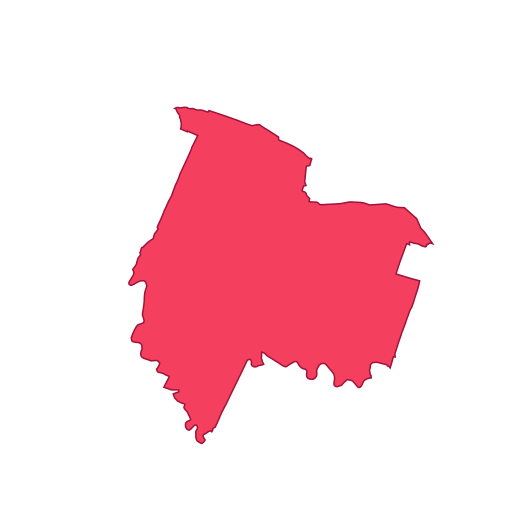 outline of Hantesti, Suceava, Romania, rotated 146°
{"feature_id": "2599482B54866642936153", "entity_name": "Hantesti", "entity_type": "district", "adm_level": 2, "iso_a3": "ROU", "parent_name": "Romania", "parent_adm1": "Suceava", "projection": "mercator", "projection_center": [26.365, 47.754], "detail": "fine", "context": "isolated", "style": "filled", "palette": "rose", "viewbox_px": 512, "rotation_deg": 146, "n_neighbors": 0, "source": "geoboundaries", "source_scale": "gbopen_adm2", "svg_char_len": 6134}
<svg xmlns="http://www.w3.org/2000/svg" viewBox="0 0 512 512"><g transform="rotate(146 256 256)"><path d="M228.7,90.5L227.4,92.7L227.4,94.5L227.3,94.8L226.9,95.1L226.0,97.5L223.4,99.9L221.8,101.9L220.2,102.3L218.9,102.4L216.1,100.9L214.6,99.7L210.7,95.3L209.1,93.6L208.5,92.8L208.5,91.5L208.1,90.7L207.4,89.9L207.4,88.2L204.4,90.6L198.4,95.7L197.2,94.4L196.4,95.5L195.9,96.9L189.8,101.8L189.0,102.2L188.9,102.6L180.9,108.6L178.7,110.4L171.0,115.8L165.9,119.7L162.1,122.3L160.9,123.4L157.3,125.7L155.9,126.2L151.8,129.2L147.0,133.1L141.8,137.1L137.4,140.8L134.2,143.8L138.4,148.8L138.9,149.1L139.1,149.4L144.1,155.6L148.2,160.6L150.0,162.7L147.5,164.8L139.6,170.9L124.2,182.0L122.4,179.4L121.3,181.3L120.9,181.8L119.7,180.7L119.1,179.9L118.0,178.2L117.6,178.0L117.2,177.7L116.3,176.7L115.0,175.7L112.7,171.4L112.1,170.7L110.8,169.2L110.5,168.9L109.4,168.8L108.9,169.4L108.3,169.4L108.1,169.7L107.6,170.1L106.4,169.4L105.7,169.6L104.9,169.6L103.8,168.8L102.7,167.4L102.9,181.3L103.8,187.1L101.9,197.0L106.0,213.1L109.8,215.9L112.6,218.3L117.0,224.0L119.1,226.6L132.9,234.5L134.8,236.8L136.5,239.2L139.5,242.0L147.8,248.3L157.0,252.3L173.0,261.9L174.4,263.1L175.0,265.9L175.7,266.8L180.4,270.3L181.5,271.5L179.4,273.6L180.1,277.0L180.0,278.3L179.5,279.9L179.4,280.8L179.8,281.7L181.3,284.1L180.4,285.2L177.4,287.3L175.1,286.5L174.2,290.2L164.7,301.6L163.6,302.2L161.7,301.2L160.8,300.9L157.0,304.2L155.5,305.3L156.0,306.5L157.0,306.8L158.2,309.8L158.9,314.6L160.9,320.3L163.7,326.1L167.2,332.0L172.3,339.5L170.8,342.1L174.9,351.7L179.1,361.0L179.3,362.3L180.5,363.6L183.2,364.9L186.6,366.4L190.2,371.2L194.2,377.0L203.9,390.2L213.7,402.9L215.2,402.2L216.7,403.7L218.6,406.4L220.3,408.1L222.4,409.3L223.3,410.1L224.7,411.7L225.3,413.0L226.3,413.8L229.0,415.5L229.5,416.1L230.0,417.5L230.6,418.2L232.9,419.7L236.4,421.3L237.0,422.3L237.8,422.9L238.5,423.3L240.7,423.8L240.3,423.1L240.2,422.6L240.6,420.3L240.8,418.6L240.8,417.5L240.7,415.8L240.8,415.2L241.0,414.7L241.5,414.1L241.8,413.7L242.0,412.3L242.6,410.3L243.1,409.5L243.3,408.4L243.7,407.8L244.2,407.2L245.6,405.3L246.4,404.4L247.5,403.6L243.5,397.4L242.9,397.8L237.0,388.5L243.8,384.5L247.7,382.4L249.0,381.5L250.3,380.4L258.3,375.4L273.1,366.5L276.5,363.9L281.5,360.7L282.4,360.4L292.7,352.9L297.8,350.3L304.2,346.3L306.7,344.9L308.1,343.8L313.5,340.2L317.6,337.8L321.8,335.1L322.0,333.6L322.1,333.2L323.9,332.3L326.2,331.7L328.3,330.8L328.8,330.2L330.0,329.3L330.8,328.4L332.3,327.8L334.4,328.0L338.4,327.8L341.6,327.1L343.1,327.0L343.9,326.5L346.2,326.8L347.2,326.2L348.1,325.2L349.2,324.4L350.3,323.8L350.9,321.7L351.6,321.3L354.4,320.5L355.7,319.7L357.1,318.4L358.0,317.8L359.5,316.4L360.5,315.7L363.1,314.7L364.4,314.4L365.8,313.7L366.0,312.1L366.6,310.4L368.1,308.9L375.2,305.7L376.5,304.8L377.0,303.5L376.5,302.0L375.3,301.3L372.7,300.8L369.8,300.7L365.7,300.0L362.7,298.1L362.1,296.4L362.4,294.9L363.3,292.1L368.1,288.4L371.0,285.1L373.9,281.1L376.3,278.2L379.2,275.0L382.4,271.7L383.4,270.0L384.0,267.3L385.0,264.8L386.3,263.7L388.3,263.9L390.1,264.3L392.1,265.0L394.4,264.5L398.9,262.2L402.2,260.1L405.1,258.0L406.3,255.5L406.3,254.2L404.6,252.3L401.5,249.6L400.5,247.5L400.5,246.0L402.1,243.2L403.3,241.9L403.8,241.8L405.3,240.5L406.6,238.9L407.1,237.6L407.1,237.2L407.2,236.7L407.1,236.1L407.0,235.6L406.5,234.4L405.9,233.4L403.4,230.3L402.0,228.1L400.3,227.0L397.5,225.4L396.9,225.0L396.2,224.1L396.0,223.5L395.7,220.9L398.1,219.3L400.2,218.2L401.6,217.9L402.3,215.9L402.2,214.5L398.9,211.0L397.6,208.4L395.4,204.9L395.6,204.3L405.8,198.7L400.9,192.2L395.0,188.3L396.0,186.6L401.7,188.0L402.8,183.9L402.1,179.4L401.4,178.4L400.1,176.0L398.1,173.5L398.0,173.2L398.0,172.9L398.2,172.5L399.9,171.3L400.5,170.6L400.6,170.1L400.7,169.7L400.7,168.8L400.2,165.5L400.2,164.8L400.7,161.8L401.0,159.4L401.2,158.3L401.5,157.3L401.7,157.1L402.2,156.9L403.1,156.8L405.3,157.3L405.8,157.3L406.7,157.1L407.7,156.8L408.8,155.7L409.8,154.0L410.0,153.4L410.1,152.7L410.1,151.6L410.0,150.9L409.5,149.7L408.8,149.0L408.3,148.9L407.2,148.9L401.9,150.0L400.7,149.8L400.4,149.6L400.1,149.1L399.9,148.3L400.1,147.4L400.4,146.6L401.6,145.4L403.1,144.7L404.1,144.1L404.4,143.7L407.2,139.3L407.7,138.3L408.0,137.2L408.1,136.6L408.1,135.4L407.3,133.4L406.7,132.2L406.2,131.4L405.5,130.9L405.1,130.8L403.4,131.0L401.5,131.7L401.1,132.1L401.0,132.5L400.9,135.7L400.5,136.6L400.1,137.0L399.5,137.2L399.0,137.3L396.9,136.9L393.7,137.0L391.3,136.4L391.0,136.0L390.9,135.0L389.3,135.8L388.8,136.5L388.0,137.0L387.1,137.1L385.6,136.9L380.7,139.8L372.6,145.1L362.6,150.5L352.9,156.2L340.1,163.6L337.9,164.9L334.3,166.9L329.9,169.5L321.4,174.5L319.4,174.0L319.0,173.9L318.6,173.3L318.4,172.8L318.5,172.3L318.8,171.2L319.1,170.6L320.2,169.2L320.4,168.7L320.6,168.1L320.6,167.3L320.4,166.6L319.9,165.6L319.0,164.7L317.6,164.0L317.2,163.9L315.3,163.7L312.2,162.4L310.2,161.9L309.8,164.6L308.7,168.2L308.5,168.6L307.1,170.2L305.1,173.2L304.2,172.1L303.5,170.8L303.2,170.1L302.6,167.4L302.1,165.8L301.2,163.9L299.9,161.3L298.5,157.8L297.5,155.8L295.8,151.5L294.7,149.3L294.0,148.2L293.3,147.6L292.9,147.4L292.1,147.3L289.1,147.4L283.4,146.9L282.5,146.6L281.8,146.2L281.3,145.4L281.2,145.0L281.2,144.3L281.4,141.4L281.4,140.4L281.1,138.9L280.6,137.4L280.2,136.5L278.4,134.5L278.2,134.0L278.1,133.4L278.1,132.8L278.2,132.2L278.6,131.4L279.7,130.3L280.3,129.5L281.0,128.5L281.4,127.4L281.4,126.4L281.4,125.8L281.2,125.1L280.7,124.4L279.8,123.6L278.4,122.4L277.5,121.9L277.1,121.8L275.7,121.7L273.5,122.4L273.0,122.6L272.1,123.4L271.5,124.3L270.1,126.7L269.2,127.6L268.2,128.4L267.5,128.8L265.1,129.9L264.3,130.1L262.7,130.3L261.2,129.9L260.4,129.4L259.6,128.7L259.3,128.3L258.7,127.0L258.4,125.3L258.1,121.8L257.5,115.7L257.5,114.8L257.8,113.7L258.1,112.8L259.1,110.8L262.8,106.6L263.1,106.0L263.3,105.6L263.3,104.8L263.2,103.9L262.9,103.3L262.4,102.8L261.5,102.1L258.6,101.4L257.6,101.0L256.9,101.1L255.2,101.6L250.1,102.5L249.5,102.4L249.1,102.1L247.0,100.0L246.1,98.8L245.8,98.2L245.6,97.0L244.9,90.6L244.6,89.7L244.1,89.3L243.5,89.1L242.7,89.0L241.6,89.2L240.8,89.6L236.9,91.9L236.2,92.1L235.0,92.3L233.6,92.2L231.8,91.9L228.9,90.7L228.7,90.5Z" fill="#f43f5e" stroke="#9f1239" stroke-width="1.5"/></g></svg>